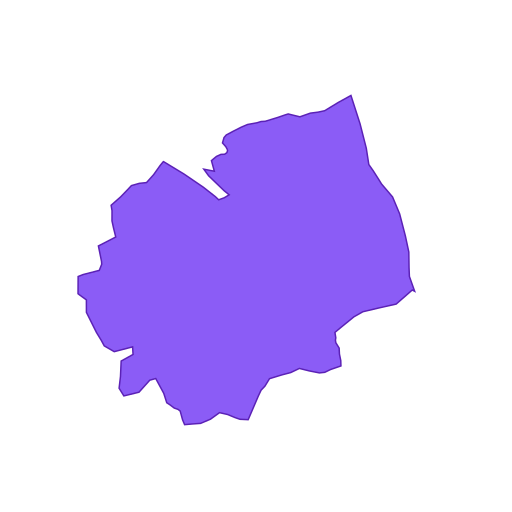 Kifri, Diyala, Iraq, rotated 199°
{"feature_id": "34846034B3098543652793", "entity_name": "Kifri", "entity_type": "district", "adm_level": 2, "iso_a3": "IRQ", "parent_name": "Iraq", "parent_adm1": "Diyala", "projection": "robinson", "projection_center": [44.994, 34.558], "detail": "fine", "context": "isolated", "style": "filled", "palette": "violet", "viewbox_px": 512, "rotation_deg": 199, "n_neighbors": 0, "source": "geoboundaries", "source_scale": "gbopen_adm2", "svg_char_len": 1793}
<svg xmlns="http://www.w3.org/2000/svg" viewBox="0 0 512 512"><g transform="rotate(199 256 256)"><path d="M218.5,438.7L228.1,428.1L238.4,415.7L244.2,412.2L251.1,408.8L259.8,401.9L267.2,401.2L271.8,400.8L274.4,398.9L280.4,394.2L291.1,386.4L295.0,384.8L298.4,382.3L306.8,377.6L312.0,372.9L318.3,366.4L323.5,360.8L324.8,357.6L324.5,352.0L320.1,349.5L318.0,347.6L317.2,346.4L317.2,344.2L318.8,342.0L322.2,340.7L325.8,337.3L329.2,331.7L323.0,322.6L333.6,321.1L326.9,316.4L307.3,307.3L301.3,305.1L305.0,300.7L309.6,297.0L313.8,298.9L328.2,303.9L350.9,310.1L374.0,315.1L374.3,315.1L374.6,314.4L376.1,310.4L379.3,299.5L383.2,290.3L383.4,289.8L383.8,289.6L390.0,286.7L396.3,282.3L396.7,282.0L396.9,281.6L399.1,276.7L403.2,267.9L409.0,257.7L409.5,256.8L406.9,252.0L403.6,242.3L399.9,236.2L394.8,228.3L408.3,214.2L400.3,200.6L399.2,198.0L399.5,191.4L413.4,182.2L417.5,178.7L412.0,162.4L409.4,161.5L402.1,159.3L398.0,147.5L381.9,131.7L375.0,126.0L370.2,121.6L358.9,119.4L343.1,129.9L340.2,122.9L349.3,112.8L344.9,97.9L342.4,86.4L335.4,80.7L322.3,89.1L316.0,104.0L310.9,107.5L298.5,96.1L292.6,88.2L289.0,87.3L283.8,85.6L279.8,85.6L277.2,84.7L272.1,77.2L268.6,73.3L261.4,76.5L253.9,79.7L245.9,86.9L239.5,96.0L231.2,96.9L223.3,96.4L218.0,96.4L210.1,98.7L209.0,113.6L208.2,124.5L207.5,130.8L205.8,134.5L205.2,135.8L203.3,144.4L192.7,152.1L185.2,157.1L178.4,163.8L168.2,164.7L158.0,166.1L153.1,168.4L148.6,172.9L139.9,179.7L141.8,184.7L145.2,190.5L147.4,196.0L152.3,200.0L153.5,202.3L153.9,204.6L156.5,209.5L152.3,216.4L143.6,230.4L136.8,238.1L123.2,246.7L107.8,256.2L97.2,274.7L94.5,274.3L104.3,286.6L107.5,294.8L112.8,309.5L121.3,323.6L133.9,342.6L146.1,356.3L160.8,365.0L164.2,367.8L173.0,374.8L179.1,379.2L186.8,393.8L200.6,414.8L218.5,438.7Z" fill="#8b5cf6" stroke="#5b21b6" stroke-width="1.5"/></g></svg>